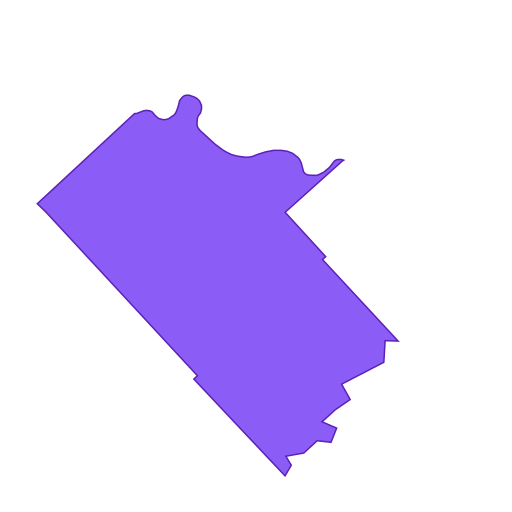 the district of Leavenworth, Kansas, United States of America, rotated 317°
{"feature_id": "52423323B85501072071339", "entity_name": "Leavenworth", "entity_type": "district", "adm_level": 2, "iso_a3": "USA", "parent_name": "United States of America", "parent_adm1": "Kansas", "projection": "albers", "projection_center": [-94.929, 39.188], "detail": "fine", "context": "isolated", "style": "filled", "palette": "violet", "viewbox_px": 512, "rotation_deg": 317, "n_neighbors": 0, "source": "geoboundaries", "source_scale": "gbopen_adm2", "svg_char_len": 1273}
<svg xmlns="http://www.w3.org/2000/svg" viewBox="0 0 512 512"><g transform="rotate(317 256 256)"><path d="M301.9,415.1L302.2,304.0L306.5,304.0L307.1,244.6L307.2,243.9L383.9,245.4L385.4,245.7L384.0,243.3L381.6,241.2L380.2,240.4L378.0,240.0L370.3,241.3L362.7,240.9L357.1,239.2L355.1,238.2L350.2,233.3L349.0,231.8L348.1,229.5L348.2,226.9L352.6,218.7L353.7,215.2L353.9,212.5L352.8,205.9L350.3,200.7L346.3,195.7L341.0,190.8L334.2,186.5L327.6,183.3L320.9,180.6L318.2,178.8L315.4,176.3L310.3,170.0L307.3,165.2L305.4,160.3L304.0,155.7L303.2,151.2L302.3,146.2L300.7,126.2L300.9,123.6L301.0,122.8L301.4,121.4L302.7,119.4L305.7,116.5L307.9,114.8L309.3,114.2L313.0,113.5L316.6,111.2L319.0,108.4L320.4,104.1L320.3,100.8L319.2,97.4L316.7,92.7L314.2,90.5L312.4,89.8L310.4,89.6L306.2,90.2L301.3,93.4L297.4,95.5L295.3,96.4L292.8,97.0L286.3,96.1L284.1,95.3L283.6,95.0L282.5,94.2L281.0,92.9L278.8,89.4L278.4,87.9L278.1,84.6L278.3,79.8L277.4,77.4L275.3,74.9L273.0,73.2L266.0,70.4L264.3,69.0L131.7,68.6L132.3,80.4L131.5,303.6L126.6,303.6L126.9,372.2L127.1,410.6L127.3,436.6L139.1,433.1L141.3,422.8L156.6,432.7L174.7,432.8L183.8,443.4L197.6,436.9L191.2,422.3L209.1,422.5L227.0,425.2L231.2,408.1L277.0,420.9L292.7,406.0L301.9,415.1Z" fill="#8b5cf6" stroke="#5b21b6" stroke-width="1.5"/></g></svg>